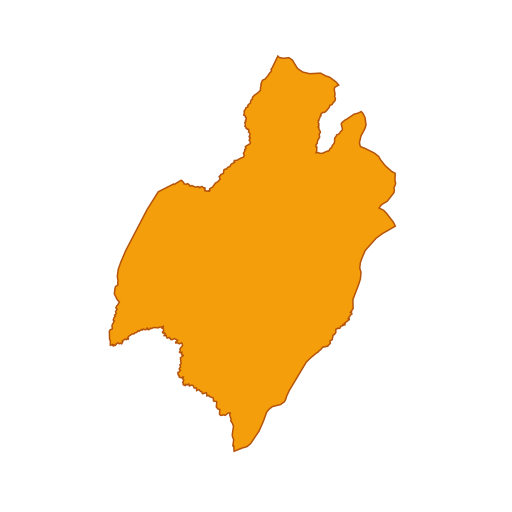 outline of Ku Kaeo, Udon Thani, Thailand, rotated 234°
{"feature_id": "78962969B3377071632893", "entity_name": "Ku Kaeo", "entity_type": "district", "adm_level": 2, "iso_a3": "THA", "parent_name": "Thailand", "parent_adm1": "Udon Thani", "projection": "equal_earth", "projection_center": [103.169, 17.167], "detail": "fine", "context": "isolated", "style": "filled", "palette": "amber", "viewbox_px": 512, "rotation_deg": 234, "n_neighbors": 0, "source": "geoboundaries", "source_scale": "gbopen_adm2", "svg_char_len": 6148}
<svg xmlns="http://www.w3.org/2000/svg" viewBox="0 0 512 512"><g transform="rotate(234 256 256)"><path d="M269.4,85.7L268.6,88.3L267.7,88.8L267.5,87.6L267.0,87.9L266.4,89.9L266.7,91.1L267.3,91.7L266.8,93.4L265.4,93.7L265.0,95.2L263.9,95.7L264.9,97.8L265.7,97.6L265.9,97.9L265.7,101.3L265.4,101.8L264.6,101.8L264.5,103.0L263.8,103.7L264.1,104.3L265.3,104.3L265.9,105.9L265.7,110.3L264.7,111.4L265.1,112.7L264.5,113.9L264.4,115.5L264.9,116.7L263.8,117.2L263.9,120.0L262.9,120.3L263.1,122.0L262.0,122.5L261.1,123.7L261.7,125.7L261.1,125.9L260.0,125.3L259.6,125.6L259.3,126.5L259.6,128.1L258.8,128.7L258.5,130.4L257.6,132.1L255.3,134.7L255.2,136.1L253.8,138.3L253.6,139.7L253.0,139.3L252.9,137.6L251.6,138.3L250.2,137.7L249.8,137.3L249.6,135.8L248.5,135.4L248.1,135.5L247.8,136.8L246.6,137.0L245.9,136.4L245.9,135.0L245.6,134.8L244.5,136.7L243.5,136.1L241.8,135.9L240.9,138.1L238.5,137.9L237.5,139.3L237.2,141.4L234.0,143.1L233.5,142.7L233.7,141.4L233.5,140.4L232.7,140.0L231.8,141.6L230.0,142.3L229.6,144.7L228.5,144.8L226.7,143.9L225.6,139.9L223.9,139.1L223.2,137.6L222.2,137.8L221.7,139.4L219.9,137.8L218.8,138.7L218.2,138.7L218.0,134.9L216.9,134.5L216.5,133.9L215.6,133.8L215.0,133.1L213.4,132.5L212.8,131.9L212.7,130.4L210.5,129.8L210.2,128.1L209.6,127.4L208.0,127.8L207.8,126.6L207.3,126.0L207.7,124.4L207.5,124.0L205.3,123.2L204.2,123.5L203.4,122.7L201.3,123.9L201.2,125.7L200.8,126.1L199.7,124.5L198.2,124.8L196.7,122.2L195.5,122.4L194.9,121.6L194.5,121.5L192.7,122.6L192.7,123.0L193.4,123.4L193.4,123.9L192.2,124.6L192.0,126.3L191.5,126.5L190.6,125.7L190.0,125.7L189.5,127.8L188.7,128.7L187.2,128.9L185.5,128.4L184.3,130.2L182.0,128.9L181.6,131.0L181.1,131.4L179.0,131.5L177.8,132.4L176.4,131.7L175.8,132.0L174.7,135.4L173.7,135.3L171.7,134.0L171.0,135.8L169.7,135.8L166.3,138.0L163.8,136.4L163.0,136.9L161.8,138.3L160.9,138.4L157.3,135.2L154.8,135.2L153.1,136.5L149.7,133.6L148.1,133.6L147.3,134.4L146.7,136.2L145.2,137.4L145.3,141.4L144.1,142.9L143.0,141.4L139.2,140.1L138.1,139.5L137.4,138.6L134.5,138.6L131.4,137.6L125.8,132.1L124.0,130.9L120.4,129.9L116.1,125.7L115.6,126.4L110.9,123.5L108.7,132.1L107.1,136.6L107.4,141.4L112.6,155.6L118.0,164.9L123.2,172.5L123.7,173.9L124.4,176.9L124.5,180.8L121.4,188.5L121.4,193.3L122.8,196.2L124.4,198.1L127.5,203.6L140.6,234.3L141.5,240.4L142.0,248.2L141.8,250.5L142.2,250.9L142.2,253.1L142.9,256.0L142.8,257.3L141.9,258.3L141.9,259.2L140.9,260.7L140.8,261.3L141.3,261.9L141.6,264.8L143.8,265.8L143.5,268.5L146.8,271.9L146.3,273.3L146.8,273.7L146.8,274.8L147.6,276.0L149.6,277.3L149.9,278.2L149.3,279.0L149.6,279.9L148.5,280.6L148.3,281.4L149.3,283.4L148.8,284.8L149.4,286.1L148.6,286.0L148.5,286.9L148.1,287.3L148.6,287.6L148.6,288.2L149.6,288.1L149.7,294.0L150.2,294.4L150.5,293.7L151.2,293.7L151.8,295.1L151.8,296.0L152.7,297.4L152.7,299.5L153.7,299.9L155.0,299.3L155.1,301.0L156.0,302.1L156.3,303.6L163.8,308.8L173.1,323.0L176.1,327.0L181.1,331.4L185.2,332.8L189.2,336.4L192.3,340.9L196.3,347.7L199.8,363.7L199.8,371.6L198.3,386.3L202.6,387.0L213.8,386.7L218.0,386.1L222.5,383.8L223.4,386.4L223.7,388.6L223.2,394.5L226.2,404.9L228.0,406.7L230.2,407.7L231.3,409.9L233.0,411.9L235.1,412.6L241.1,417.2L244.6,415.5L253.2,413.6L260.3,413.3L264.6,413.7L269.8,412.2L279.2,407.3L282.9,404.9L284.0,405.0L287.0,406.4L291.4,411.5L295.0,418.9L297.4,422.1L304.0,425.6L308.6,426.3L311.0,426.0L311.6,422.5L313.1,418.7L313.4,409.4L313.7,407.8L313.4,404.0L312.7,402.5L308.0,400.6L307.3,400.0L306.7,396.9L306.1,395.5L306.1,393.8L306.6,392.4L305.9,391.5L305.1,389.0L301.4,385.9L300.4,382.3L299.4,381.2L299.2,378.5L298.4,377.3L298.3,376.0L298.9,375.5L300.1,370.0L301.4,368.1L303.3,367.0L304.2,365.3L305.4,366.9L308.4,369.3L309.2,368.7L310.9,370.1L311.0,371.6L313.1,373.5L314.7,377.3L317.5,378.8L318.1,380.7L320.0,381.4L321.4,381.3L322.8,382.3L323.5,381.9L324.1,382.4L324.3,383.5L325.5,383.6L325.9,384.6L327.1,384.7L328.1,385.6L328.7,385.6L328.8,386.6L329.2,386.6L329.9,388.3L331.4,390.1L331.2,391.1L332.8,391.8L332.8,394.7L331.9,395.7L332.0,398.1L333.3,402.9L334.5,404.2L333.8,406.5L334.4,407.7L335.2,411.2L336.5,412.7L338.8,413.3L340.5,415.1L344.4,417.0L345.9,418.3L346.2,419.3L345.7,423.4L349.9,423.0L357.3,420.7L360.8,418.2L366.0,415.7L372.0,406.5L377.4,401.9L383.4,399.8L393.2,400.6L397.1,399.2L399.9,394.3L403.0,391.5L404.9,391.2L398.6,379.4L398.2,377.9L397.0,377.6L396.3,376.6L396.1,374.9L394.7,371.1L393.8,367.2L394.3,365.1L394.1,364.0L391.9,360.7L391.0,360.5L389.9,358.9L387.4,356.9L386.9,353.0L387.0,349.2L386.7,347.4L386.2,346.1L385.0,345.2L385.0,343.9L384.5,342.7L382.9,341.3L383.0,338.9L382.4,337.6L381.7,337.5L381.5,336.2L381.9,335.1L380.4,332.6L380.3,331.6L378.6,330.6L377.2,328.9L375.8,329.7L374.3,329.0L373.8,329.4L373.0,329.0L372.5,328.5L371.9,327.1L370.9,327.0L370.6,325.3L369.2,325.1L367.3,323.2L366.0,323.7L365.0,323.0L364.0,323.8L363.5,323.5L362.9,324.3L362.2,324.4L360.7,322.8L359.4,323.2L358.0,322.8L356.6,320.6L355.8,320.9L355.4,320.3L354.7,320.6L353.7,318.5L350.9,318.2L350.4,317.2L350.8,311.7L348.8,311.0L348.8,309.4L347.4,308.5L346.5,306.2L344.0,305.5L343.4,303.6L344.1,301.5L344.7,296.5L345.9,294.9L345.5,293.8L344.3,293.7L344.8,290.7L344.6,289.1L343.6,287.6L344.0,287.2L344.0,286.0L344.4,285.2L343.6,283.3L344.5,282.0L344.5,280.6L342.0,278.2L342.6,275.4L341.9,274.6L342.1,273.6L342.0,272.9L339.2,272.2L338.5,268.4L338.9,266.0L338.2,264.3L337.9,262.7L337.2,261.8L337.7,258.3L337.2,257.6L336.2,257.4L335.8,256.2L336.2,255.7L336.8,255.8L337.5,254.0L338.2,253.9L338.9,253.0L339.6,253.7L340.4,253.7L340.6,254.6L341.3,254.7L341.9,253.7L344.1,253.1L344.4,251.4L344.2,250.6L345.9,250.4L347.3,247.5L350.7,245.5L351.2,243.7L352.4,243.9L354.7,243.3L354.9,242.0L356.6,240.2L357.9,240.6L360.8,240.3L361.3,239.6L362.0,231.9L362.7,231.6L365.4,214.7L357.7,195.4L337.0,153.9L330.7,143.3L326.1,136.6L320.9,131.7L317.1,129.8L315.5,128.3L313.8,127.4L313.8,124.4L312.6,122.8L308.6,119.1L301.8,118.0L299.2,118.6L297.7,115.4L297.5,114.1L296.4,112.1L294.6,112.4L293.6,109.7L291.5,109.0L291.2,106.7L289.9,106.6L289.5,104.8L288.3,103.1L287.8,102.8L286.8,103.3L284.5,98.7L281.6,97.0L281.5,96.4L282.0,94.8L281.5,93.3L274.9,88.7L273.0,88.3L269.4,85.7Z" fill="#f59e0b" stroke="#b45309" stroke-width="1.5"/></g></svg>